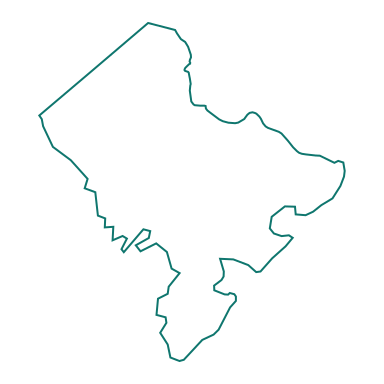 Chatham, Georgia, United States of America
{"feature_id": "52423323B68249799438553", "entity_name": "Chatham", "entity_type": "district", "adm_level": 2, "iso_a3": "USA", "parent_name": "United States of America", "parent_adm1": "Georgia", "projection": "albers", "projection_center": [-81.083, 31.979], "detail": "fine", "context": "isolated", "style": "outline", "palette": "teal", "viewbox_px": 384, "rotation_deg": 0, "n_neighbors": 0, "source": "geoboundaries", "source_scale": "gbopen_adm2", "svg_char_len": 1805}
<svg xmlns="http://www.w3.org/2000/svg" viewBox="0 0 384 384"><path d="M175.1,30.0L148.1,23.0L92.6,70.3L39.3,115.5L41.8,119.2L43.1,126.2L52.9,146.9L70.8,160.2L87.6,178.9L84.7,188.3L95.3,192.2L97.9,215.6L105.2,218.4L104.8,227.4L113.3,226.8L112.6,240.3L122.6,236.0L126.9,238.6L121.5,249.2L123.8,252.2L143.4,229.3L150.2,231.1L148.8,238.0L135.8,245.3L140.5,251.3L156.2,243.4L166.9,252.0L171.6,268.6L179.6,273.1L168.7,286.7L167.7,293.8L158.0,298.7L156.5,314.9L165.6,317.3L166.4,322.8L160.2,332.8L167.7,344.5L170.4,357.5L179.4,361.0L183.8,359.8L202.3,339.9L213.6,334.6L218.6,329.7L230.1,307.4L235.9,300.9L235.9,296.5L234.3,294.2L229.8,293.0L228.1,294.6L224.6,294.4L214.3,290.3L214.1,285.6L221.5,280.0L223.6,276.5L223.8,271.4L220.1,258.8L233.3,259.4L248.3,265.1L256.2,272.1L260.5,271.5L272.2,258.3L285.6,246.3L292.7,237.8L288.9,235.3L281.6,236.1L273.9,233.5L269.8,228.4L271.7,216.8L284.9,206.4L295.0,206.7L295.7,214.4L305.6,215.2L313.1,211.7L321.4,205.1L332.5,198.4L340.4,186.0L344.0,176.6L344.7,170.9L343.3,162.5L338.2,160.9L334.4,162.8L319.8,155.7L315.6,155.5L305.8,154.4L301.9,153.8L299.1,152.8L296.9,151.1L293.1,147.3L287.8,140.6L281.5,133.5L278.8,131.8L268.0,127.9L265.6,126.4L263.1,123.4L260.9,118.8L259.4,116.6L256.4,113.7L255.0,113.0L252.5,112.3L249.6,112.9L247.4,114.7L245.1,117.8L244.3,119.0L238.2,122.6L235.1,123.2L228.4,122.7L222.8,121.2L219.2,119.4L210.0,112.5L207.8,110.8L207.4,110.5L205.9,108.5L205.6,106.0L204.5,105.7L200.6,105.7L194.7,105.2L193.5,104.4L191.3,101.5L189.8,90.6L190.3,85.5L190.7,84.0L189.8,78.2L189.6,77.3L188.7,72.6L188.1,71.9L185.1,70.9L184.5,70.1L184.6,69.3L185.3,67.9L187.3,65.9L189.2,64.1L190.1,63.7L190.2,62.6L189.6,61.6L189.9,59.9L191.0,57.3L190.8,54.7L188.1,46.8L185.2,42.0L181.0,39.2L180.6,38.7L177.0,33.4L175.1,30.0Z" fill="none" stroke="#0f766e" stroke-width="2"/></svg>